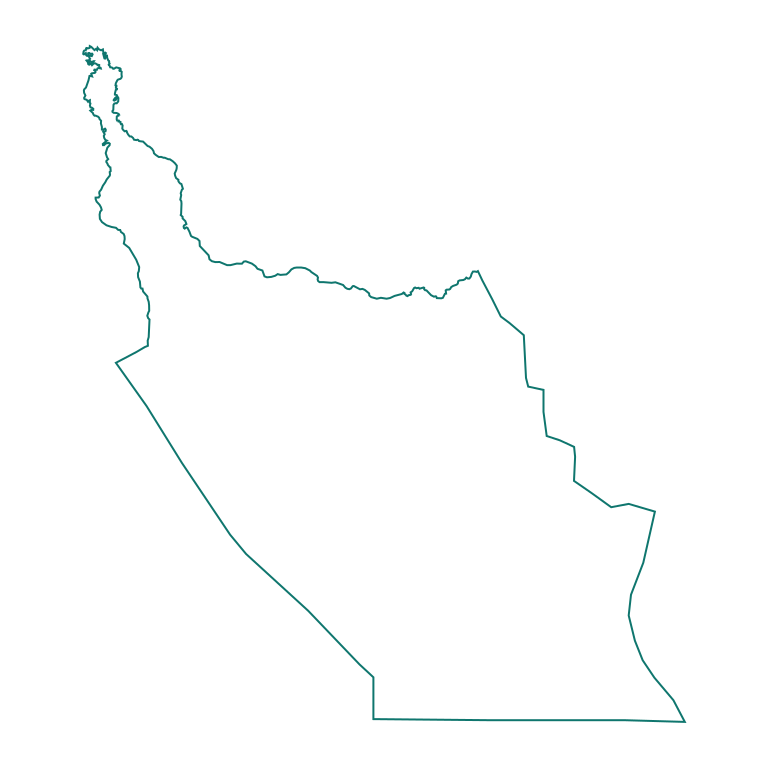 the district of Intan Jaya, Papua, Indonesia
{"feature_id": "22746128B83440404091664", "entity_name": "Intan Jaya", "entity_type": "district", "adm_level": 2, "iso_a3": "IDN", "parent_name": "Indonesia", "parent_adm1": "Papua", "projection": "albers", "projection_center": [136.506, -3.409], "detail": "fine", "context": "isolated", "style": "outline", "palette": "teal", "viewbox_px": 768, "rotation_deg": 0, "n_neighbors": 0, "source": "geoboundaries", "source_scale": "gbopen_adm2", "svg_char_len": 5861}
<svg xmlns="http://www.w3.org/2000/svg" viewBox="0 0 768 768"><path d="M477.9,271.1L476.7,271.9L474.9,271.5L472.9,271.6L471.5,274.1L470.8,276.6L469.4,278.5L468.0,278.6L466.3,277.6L465.0,279.2L463.3,280.0L459.6,280.4L458.2,281.2L457.8,283.6L456.6,284.7L453.1,285.9L451.2,287.1L450.2,288.9L449.3,289.5L446.5,289.7L445.7,290.4L446.1,293.6L444.9,293.8L442.9,297.8L441.4,298.3L436.8,298.1L436.2,296.5L435.3,296.3L434.0,296.7L431.1,295.2L426.5,290.4L425.1,290.2L424.2,289.3L424.2,287.8L423.6,287.5L419.5,288.7L418.7,287.8L416.4,288.2L415.1,287.5L414.0,288.1L412.2,291.3L410.6,292.4L411.1,294.1L410.7,294.8L408.3,295.3L407.6,296.1L406.4,295.7L405.6,294.6L404.5,294.0L404.5,293.0L403.6,292.5L401.8,294.0L394.6,295.9L390.1,298.0L386.6,298.7L380.9,297.8L376.8,298.7L371.2,297.1L369.3,295.5L369.1,293.4L364.8,289.9L362.5,288.9L360.0,289.3L353.8,286.0L352.7,286.2L350.9,288.5L349.3,289.2L347.3,288.8L345.4,287.7L343.1,285.0L335.4,282.3L331.5,282.8L323.2,282.1L319.5,282.1L318.1,281.0L317.6,279.4L318.0,277.6L317.1,275.9L311.4,272.1L309.8,270.5L305.3,268.2L301.0,267.5L296.9,267.5L294.2,267.9L291.4,269.4L288.9,272.3L286.4,274.4L280.4,274.9L277.7,274.1L275.3,275.7L271.3,276.9L267.0,277.3L264.5,276.4L262.4,270.5L257.5,268.8L255.5,266.2L251.9,263.6L245.8,261.3L243.8,261.6L241.9,263.7L236.7,263.6L230.6,265.1L227.0,265.1L219.6,262.0L215.3,262.1L211.9,261.2L209.5,259.3L208.6,255.3L199.8,246.0L199.5,241.0L197.4,238.9L192.2,236.8L191.0,235.9L189.4,231.6L187.5,227.9L186.3,227.4L184.7,228.6L183.9,228.0L183.6,226.4L184.0,225.5L186.4,224.0L185.3,221.1L182.6,218.4L182.6,216.8L180.7,215.0L181.1,214.1L181.5,203.5L181.3,201.2L180.3,199.7L181.2,195.0L180.7,193.3L181.9,189.7L182.9,188.8L181.4,184.0L180.0,183.4L178.8,181.9L178.3,180.9L178.4,179.8L176.1,178.1L175.1,175.6L174.7,173.5L176.3,169.9L176.7,168.2L176.8,165.6L174.9,163.2L172.7,161.2L169.9,159.3L168.2,159.2L164.7,157.7L163.8,157.8L161.1,156.9L158.8,157.0L155.6,154.8L154.0,153.3L153.5,151.1L152.0,148.8L149.5,146.7L147.6,146.0L143.1,141.6L139.8,141.2L138.8,140.9L138.3,140.0L137.5,139.7L136.4,140.1L134.0,139.7L133.1,138.0L131.4,136.5L129.7,136.4L128.1,134.5L126.9,132.3L126.8,131.4L126.3,130.9L124.6,131.3L122.8,129.5L122.3,128.5L122.6,125.5L121.9,124.0L121.0,124.2L120.5,123.2L120.5,122.0L119.0,121.6L119.3,121.2L118.8,120.5L117.1,120.5L116.7,119.5L116.8,116.5L117.5,115.9L118.4,115.7L118.4,114.7L119.0,114.6L118.6,113.9L116.6,113.0L113.6,112.8L112.5,111.9L112.4,111.1L113.3,109.9L113.5,104.8L114.3,103.6L115.6,103.2L116.7,103.3L118.2,101.5L118.4,98.3L118.2,97.5L117.5,97.3L116.8,97.6L115.9,99.8L114.2,100.6L113.7,100.3L113.8,99.7L115.2,97.9L117.3,96.2L116.8,95.1L114.9,94.6L114.9,93.5L115.8,89.9L116.9,89.4L117.0,88.7L115.9,87.9L115.9,86.9L116.5,86.1L116.4,85.6L115.5,85.3L115.8,83.3L117.3,80.3L118.0,79.6L120.5,78.8L121.4,77.8L121.8,76.6L121.5,74.2L121.7,71.8L121.0,71.1L119.8,71.0L119.4,70.6L119.5,70.0L120.6,69.4L120.6,68.9L120.0,68.3L116.2,67.4L113.8,68.8L112.9,68.6L112.5,67.8L111.5,67.4L110.2,67.3L109.6,65.6L108.9,65.2L108.7,64.6L109.6,63.6L109.1,62.7L109.2,61.7L109.0,60.9L108.3,60.5L107.2,57.9L107.0,55.6L106.5,55.5L104.9,56.7L105.3,58.0L105.0,58.6L104.4,58.4L103.3,54.3L105.1,54.5L105.9,53.1L105.2,52.6L103.9,53.5L103.4,53.0L102.9,49.4L101.1,50.3L98.9,49.3L97.6,47.7L97.1,50.1L96.0,48.9L94.5,50.1L91.3,46.9L89.8,46.1L89.7,47.8L88.5,48.3L86.4,48.0L86.0,48.8L86.3,49.4L85.8,50.1L84.2,50.6L83.6,51.5L83.2,53.9L83.9,54.4L85.8,53.1L86.2,55.2L86.9,55.8L87.7,55.9L88.3,55.5L88.1,53.3L88.7,53.0L89.3,53.0L90.1,53.8L92.2,53.7L92.6,54.4L91.8,56.1L90.0,55.7L89.0,56.1L89.3,57.6L90.1,58.8L89.3,59.7L88.5,60.5L87.9,60.6L87.1,60.3L86.5,60.5L87.8,62.1L88.3,64.2L89.2,64.7L89.8,64.4L89.9,63.6L89.3,63.0L89.1,61.8L89.2,60.9L89.8,60.7L91.2,61.9L92.3,62.0L93.3,61.2L93.9,61.2L93.0,62.5L91.8,62.9L91.4,63.4L91.4,64.2L92.0,65.2L93.8,63.4L95.4,63.4L97.1,64.4L97.5,65.1L98.2,64.8L99.2,65.0L99.1,66.3L99.6,67.5L100.6,67.8L100.8,68.5L98.5,68.0L97.5,68.4L96.9,69.8L94.5,69.6L94.2,70.2L95.4,71.1L95.5,72.1L94.8,72.9L91.9,73.3L91.2,73.8L92.1,76.4L90.1,75.8L89.5,75.9L88.5,80.3L86.0,87.5L84.2,89.4L83.9,90.4L84.1,92.8L85.4,95.5L84.1,98.0L84.5,99.1L86.7,99.8L88.0,101.7L89.0,100.6L89.9,100.2L89.8,102.9L90.4,103.4L89.9,105.6L90.5,107.4L91.9,107.7L93.3,108.8L93.2,109.9L91.6,109.8L90.3,110.6L92.8,112.9L93.5,114.6L94.5,115.7L95.5,115.6L98.1,116.7L99.2,117.8L99.5,119.0L101.1,120.8L100.9,123.4L101.9,126.9L101.9,129.6L103.2,130.0L104.4,128.8L105.2,128.7L105.8,129.9L105.5,131.3L103.3,131.9L104.7,134.2L103.8,135.9L104.2,137.9L105.3,139.9L106.9,140.6L102.8,144.0L103.0,145.1L104.1,145.1L105.6,143.6L108.7,142.8L109.8,143.7L109.6,145.2L107.4,147.6L105.7,153.1L107.1,157.5L108.2,159.1L106.4,160.9L106.3,161.9L107.5,163.7L107.8,164.8L109.8,167.2L110.4,167.4L110.7,171.1L109.7,172.0L110.0,174.6L109.8,175.6L106.7,179.5L105.2,182.4L102.9,185.7L101.1,189.7L99.5,191.6L99.2,193.0L99.9,195.6L98.7,197.5L95.6,197.6L95.6,199.0L96.6,201.6L99.5,204.7L101.0,207.4L101.7,209.9L100.2,211.7L99.6,214.6L99.9,218.9L102.0,222.1L106.5,225.3L111.7,227.0L116.0,227.8L118.2,229.9L120.2,230.0L120.9,231.9L123.7,234.0L124.5,236.1L124.7,239.1L123.8,243.6L129.2,247.9L136.2,259.7L139.2,267.1L138.8,271.2L137.9,273.2L138.1,277.1L139.9,281.6L140.4,287.4L141.3,288.6L142.5,288.6L143.1,291.5L147.4,296.5L147.5,298.4L148.7,301.8L149.1,305.4L149.2,310.8L148.4,312.4L147.3,315.8L148.2,318.2L149.5,319.5L148.7,337.1L147.7,340.6L147.9,345.8L144.7,347.1L136.6,351.9L115.9,362.8L146.6,406.1L181.9,462.9L230.1,534.7L246.1,554.0L308.2,610.8L359.5,664.4L373.4,677.3L373.4,719.1L490.0,720.2L624.7,720.2L684.8,721.9L673.4,700.2L654.4,677.7L642.7,660.3L634.9,640.7L628.7,615.5L631.0,594.7L643.3,562.7L654.9,511.6L628.7,503.9L611.2,507.2L591.5,493.0L574.0,480.9L575.1,456.8L574.1,446.9L559.8,440.3L546.7,436.0L543.5,411.9L543.5,389.9L528.2,386.6L526.0,377.9L523.8,335.2L509.6,323.1L500.8,316.5L492.1,299.0L482.3,280.4L477.9,271.1Z" fill="none" stroke="#0f766e" stroke-width="2"/></svg>